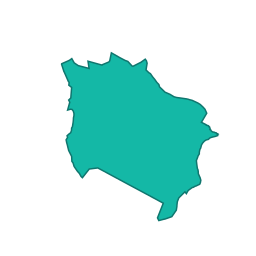 the district of Jos East, Plateau, Nigeria, rotated 124°
{"feature_id": "59680162B89640587380951", "entity_name": "Jos East", "entity_type": "district", "adm_level": 2, "iso_a3": "NGA", "parent_name": "Nigeria", "parent_adm1": "Plateau", "projection": "robinson", "projection_center": [9.087, 9.867], "detail": "fine", "context": "isolated", "style": "filled", "palette": "teal", "viewbox_px": 256, "rotation_deg": 124, "n_neighbors": 0, "source": "geoboundaries", "source_scale": "gbopen_adm2", "svg_char_len": 2333}
<svg xmlns="http://www.w3.org/2000/svg" viewBox="0 0 256 256"><g transform="rotate(124 128 128)"><path d="M194.7,138.0L183.7,137.2L178.0,130.7L177.3,123.8L174.8,98.6L172.8,79.0L170.6,56.7L186.0,53.3L187.5,50.7L183.2,46.9L182.9,46.5L177.0,42.1L169.1,42.0L165.9,43.5L164.2,44.5L161.5,45.9L157.5,46.8L149.1,45.1L149.8,42.9L147.7,43.1L145.9,43.1L145.1,42.8L143.2,42.1L141.5,41.5L140.5,40.6L138.9,39.9L137.8,39.0L137.6,38.9L136.5,38.3L134.6,37.1L132.9,37.4L130.6,38.4L128.9,40.4L128.1,41.7L127.4,42.8L126.6,44.1L124.6,45.6L124.2,46.0L123.3,46.9L123.0,47.6L122.3,48.3L121.4,49.1L119.5,50.8L118.2,51.9L116.8,53.1L113.3,53.9L113.0,54.0L112.0,54.3L111.9,54.3L109.8,54.4L109.6,54.4L108.1,55.4L107.3,55.7L105.7,56.4L104.1,56.5L100.9,57.6L98.5,57.7L96.0,57.3L94.0,56.4L92.5,55.0L90.6,54.6L89.5,53.9L88.3,52.9L86.0,50.8L84.1,49.4L83.7,49.9L83.4,50.0L83.0,50.1L82.7,49.9L82.6,50.3L82.7,50.8L83.1,51.1L82.9,51.7L82.7,52.1L82.8,52.6L83.2,53.1L83.2,54.0L83.4,54.6L83.7,55.1L84.0,55.8L83.8,57.6L83.3,58.3L83.4,58.8L83.5,59.2L83.2,59.3L82.8,59.4L82.4,59.9L82.0,60.4L81.6,60.8L81.7,61.5L81.4,61.6L81.3,62.1L81.4,62.4L81.2,62.7L81.4,63.6L81.7,64.1L81.9,64.6L81.6,64.9L82.2,70.3L81.0,70.4L71.7,71.0L69.4,74.7L68.7,77.5L68.1,81.2L68.2,84.0L69.2,90.3L70.2,93.0L70.3,93.6L71.1,95.7L73.7,101.1L75.5,104.7L76.4,107.4L76.6,112.0L77.6,117.4L76.9,121.1L76.3,124.8L74.7,126.7L74.1,129.5L73.5,131.1L72.8,132.9L71.9,136.0L70.4,139.8L70.5,141.6L69.8,145.5L63.6,148.4L62.0,150.3L61.3,152.2L66.2,154.0L74.1,158.4L74.3,159.4L72.9,165.4L73.6,168.2L74.3,174.5L74.4,175.9L75.0,183.8L82.5,180.7L84.0,180.8L89.9,184.7L90.0,184.6L90.4,184.8L95.0,198.5L100.4,193.6L103.9,203.6L104.1,203.9L104.1,209.0L101.9,213.4L104.6,214.4L111.8,218.9L112.2,218.8L117.1,212.6L117.1,212.4L122.8,203.4L123.1,202.3L125.6,201.0L125.9,197.4L135.1,192.2L138.0,192.8L139.2,190.7L146.9,188.1L144.6,186.2L143.9,184.7L144.6,182.8L145.2,182.1L146.2,180.9L147.7,179.9L148.3,179.6L150.1,178.9L151.7,177.9L153.9,176.7L158.0,174.8L159.6,174.7L161.6,173.5L163.9,172.9L164.1,172.9L165.7,173.5L168.5,174.2L169.6,172.8L172.4,172.7L174.3,170.8L176.0,168.8L177.4,167.3L179.0,165.5L179.6,164.9L180.3,163.8L181.3,162.0L183.1,158.8L184.6,157.7L187.0,155.9L187.3,155.1L187.7,154.0L190.0,151.2L191.0,148.7L192.2,145.6L192.9,142.8L194.4,139.9L194.7,138.0Z" fill="#14b8a6" stroke="#0f766e" stroke-width="1.5"/></g></svg>